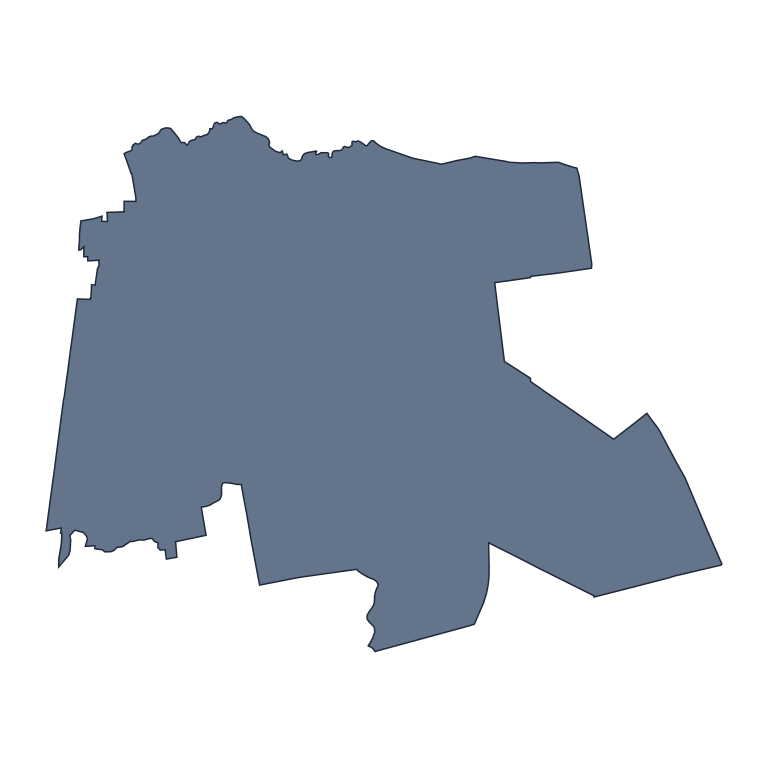 Mihai Bravu, Giurgiu, Romania (Mercator projection)
{"feature_id": "2599482B97305638724228", "entity_name": "Mihai Bravu", "entity_type": "district", "adm_level": 2, "iso_a3": "ROU", "parent_name": "Romania", "parent_adm1": "Giurgiu", "projection": "mercator", "projection_center": [26.044, 44.127], "detail": "fine", "context": "isolated", "style": "filled", "palette": "slate", "viewbox_px": 768, "rotation_deg": 0, "n_neighbors": 0, "source": "geoboundaries", "source_scale": "gbopen_adm2", "svg_char_len": 6062}
<svg xmlns="http://www.w3.org/2000/svg" viewBox="0 0 768 768"><path d="M674.7,576.0L721.0,565.1L721.9,564.1L707.3,530.6L696.5,505.0L685.1,478.0L675.7,461.1L666.9,444.5L659.3,430.3L657.9,428.2L655.9,425.4L652.1,420.5L646.9,413.3L632.0,425.1L613.7,439.2L575.5,412.6L544.3,391.2L530.5,381.5L530.5,378.3L504.4,361.5L494.7,282.7L530.5,277.6L530.5,276.4L558.7,273.0L591.5,268.2L591.5,267.0L591.8,264.7L591.5,262.1L580.0,182.3L579.4,177.9L578.8,174.8L577.6,170.9L576.9,168.2L576.7,168.0L573.6,167.4L562.5,163.8L558.5,162.3L538.3,162.9L534.3,162.6L532.7,162.7L522.1,163.0L508.5,162.2L507.7,161.8L504.3,161.1L498.5,160.2L475.2,156.3L470.5,157.9L468.7,158.3L456.5,160.6L441.7,164.2L412.8,158.2L385.3,148.6L384.4,148.1L382.1,147.2L380.5,146.3L376.4,143.5L373.7,140.9L372.5,140.7L371.3,140.9L370.7,141.3L367.1,145.5L366.6,145.8L366.3,145.9L365.6,145.6L364.4,144.8L361.3,142.4L358.1,140.9L357.7,141.0L357.0,141.4L356.1,141.7L355.3,141.7L353.9,141.4L352.9,141.3L352.3,141.5L352.0,142.0L352.0,145.0L351.6,145.6L350.2,146.7L349.1,147.3L348.2,147.5L347.6,147.4L346.5,147.0L344.8,146.5L344.2,146.6L343.4,147.1L342.9,148.0L342.4,149.0L342.0,149.6L341.4,150.1L340.7,150.3L339.2,150.6L336.4,150.6L334.5,150.9L333.3,151.3L332.4,152.9L332.1,154.0L332.0,156.1L331.8,156.9L331.3,157.4L330.0,157.5L329.3,157.3L328.8,157.1L328.5,156.7L328.4,156.3L328.4,155.3L328.7,154.2L328.6,153.3L327.8,152.9L327.0,152.7L323.6,152.7L321.7,152.6L320.8,152.8L319.4,153.7L317.7,154.5L317.1,154.6L316.1,154.5L315.7,154.1L315.5,153.7L315.6,153.3L316.1,152.3L316.7,151.4L316.1,151.1L315.3,151.1L313.5,151.6L308.3,152.4L304.8,153.5L303.9,154.1L303.3,154.9L302.4,156.2L302.0,157.3L301.8,158.3L301.4,159.4L300.7,160.1L299.7,160.6L298.4,161.1L296.9,161.0L293.8,160.5L292.2,160.1L289.9,159.0L288.9,158.4L288.2,157.7L287.5,155.6L287.0,154.5L286.6,154.0L284.0,154.8L283.8,154.7L282.9,153.9L282.7,152.1L282.2,150.9L280.3,152.6L277.7,152.0L276.0,151.4L274.3,150.4L271.2,148.1L269.9,147.2L269.0,145.8L268.9,144.8L269.3,144.0L269.5,143.1L269.5,141.8L269.2,140.8L268.6,139.5L267.8,138.3L265.8,136.6L258.4,133.6L257.2,133.1L254.1,131.4L253.0,130.5L251.4,128.5L250.3,125.8L248.8,123.7L244.7,119.2L242.5,117.2L241.5,116.6L240.7,116.5L240.0,116.5L237.5,116.9L234.1,117.7L232.2,118.9L231.3,119.4L229.9,119.9L228.5,120.1L227.8,120.6L227.5,121.0L227.2,121.9L226.9,122.5L226.2,123.0L225.7,123.0L224.2,122.6L223.5,122.6L222.8,122.7L222.2,122.9L220.7,123.8L220.1,124.0L219.5,124.0L219.0,123.8L217.7,122.6L217.2,122.4L216.2,122.4L215.2,122.8L214.5,123.4L214.1,124.0L213.0,127.7L212.4,128.5L212.1,128.8L209.8,128.8L209.6,130.8L209.4,131.5L208.1,133.5L207.3,134.5L206.8,134.8L204.8,135.1L201.5,136.6L200.6,136.8L198.9,136.3L198.1,136.3L197.1,136.7L196.3,137.5L195.8,138.1L195.4,139.0L194.8,139.7L194.0,139.9L193.2,139.9L192.2,140.2L191.0,140.6L190.0,141.1L189.3,141.8L188.8,142.6L187.9,144.5L187.2,145.1L186.7,145.1L185.4,143.3L184.9,142.8L184.4,142.6L181.4,142.5L180.6,141.9L180.0,141.1L179.2,139.3L177.6,136.9L174.2,132.6L172.2,130.4L171.4,129.2L170.6,128.5L169.9,128.2L167.5,127.9L166.3,127.9L165.3,128.0L161.8,129.1L161.1,129.6L160.7,130.0L160.3,130.6L160.0,131.3L159.5,132.3L159.2,132.7L158.0,133.7L156.0,134.8L153.8,135.9L152.9,136.1L151.2,136.1L150.0,136.4L148.7,137.0L148.0,137.5L145.6,139.3L144.4,139.8L143.6,139.9L142.5,140.3L142.0,140.8L141.2,142.2L139.9,143.4L139.3,143.7L138.6,144.0L137.9,144.1L137.3,144.0L135.5,143.3L135.1,143.4L134.1,144.3L132.9,145.1L132.5,146.2L131.9,147.2L132.1,148.2L132.1,149.7L131.8,150.1L131.4,150.5L129.1,151.4L126.0,152.5L124.1,153.7L126.4,159.9L131.1,173.5L131.8,173.8L135.8,197.3L135.9,201.4L124.1,201.3L124.1,204.8L124.0,211.9L122.0,211.9L108.9,212.3L106.9,212.5L107.2,214.1L107.2,215.1L107.4,221.5L101.6,221.3L101.8,218.0L102.1,216.2L93.3,218.8L80.9,220.9L80.9,221.5L80.1,227.1L79.5,234.6L79.4,242.1L79.2,244.1L78.9,245.6L78.8,250.1L80.9,249.7L83.9,246.7L83.8,256.7L87.7,256.7L87.8,260.9L96.5,260.4L99.1,260.2L98.7,261.9L99.1,263.8L99.2,265.1L97.5,268.5L95.1,285.1L91.5,284.8L91.3,290.8L90.8,298.5L90.0,298.4L89.9,299.4L77.4,298.9L71.3,344.4L70.7,348.5L67.4,373.7L66.8,377.8L64.4,395.6L64.1,397.6L63.8,398.3L63.2,402.1L58.4,438.8L53.7,475.0L52.1,486.2L46.5,528.4L46.1,530.8L61.3,528.0L60.6,533.2L61.9,533.2L61.4,543.4L58.8,558.8L58.7,567.0L68.7,555.2L70.1,550.5L70.7,539.8L69.7,535.7L74.8,530.2L83.4,532.5L86.1,535.5L87.5,538.7L85.3,546.3L94.9,545.8L94.9,548.6L96.7,549.1L102.2,549.7L105.0,551.9L110.9,551.7L114.0,550.4L117.1,547.4L122.1,546.8L123.3,546.2L130.2,541.4L132.8,541.5L139.1,539.9L143.9,540.1L150.2,538.4L152.5,538.8L154.0,541.2L158.1,542.9L157.8,547.5L160.2,550.1L165.1,549.7L166.4,559.1L176.9,557.2L175.6,541.7L206.1,535.3L202.7,515.5L202.4,513.3L201.3,507.2L201.5,507.0L205.1,506.6L207.7,505.9L210.4,504.9L211.6,504.2L212.2,503.7L213.1,503.1L217.2,501.1L217.9,500.7L218.5,500.5L219.2,499.9L220.2,498.8L220.9,497.1L221.3,495.6L221.6,493.5L221.5,490.1L221.5,487.2L221.9,485.2L222.4,483.9L222.9,483.2L223.9,482.8L225.2,482.7L229.3,483.0L231.8,483.4L236.4,484.3L241.3,484.6L243.6,497.6L245.6,508.2L245.8,509.5L246.2,511.1L249.4,529.7L249.9,533.2L251.3,541.2L259.6,585.1L297.1,577.8L303.2,576.8L356.9,569.3L357.4,570.1L357.9,570.8L358.4,571.2L360.1,572.4L363.0,574.3L368.2,577.3L373.4,579.3L375.2,580.4L376.0,581.1L376.7,581.8L377.8,583.7L378.0,584.1L378.1,585.4L377.9,586.1L376.6,588.8L375.9,590.6L375.3,592.4L374.9,594.5L374.5,597.2L374.5,599.1L374.4,602.5L374.1,603.4L373.7,604.7L372.8,606.5L371.3,608.8L370.5,609.8L369.7,611.0L368.9,612.1L368.1,613.6L367.4,614.6L367.1,615.9L367.0,617.3L367.1,618.8L367.3,619.3L368.8,621.5L372.9,625.7L373.9,626.8L374.4,628.1L374.6,630.4L374.7,631.6L374.6,632.5L374.5,632.9L374.3,633.5L373.9,634.4L372.9,637.6L372.6,638.2L371.9,639.4L370.1,642.9L369.5,643.8L368.3,645.4L368.3,645.7L368.3,646.0L368.7,646.2L370.6,646.9L372.4,648.1L373.3,649.1L373.7,649.7L374.3,650.2L374.6,651.0L375.0,651.5L469.3,625.8L474.4,624.1L483.7,602.5L486.4,593.6L487.8,586.8L488.5,581.8L489.0,576.4L489.1,567.6L488.6,542.8L516.6,556.8L537.3,567.5L594.2,595.9L594.0,597.0L617.1,591.2L667.9,578.1L674.7,576.0Z" fill="#64748b" stroke="#1e293b" stroke-width="1.5"/></svg>